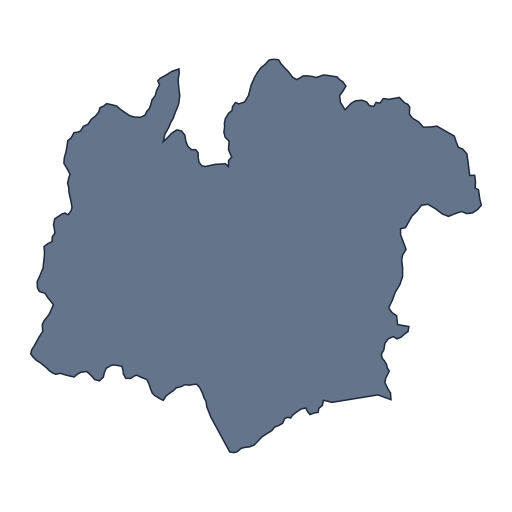 the district of Anicuns, Goiás, Brazil
{"feature_id": "56859067B81756227980733", "entity_name": "Anicuns", "entity_type": "district", "adm_level": 2, "iso_a3": "BRA", "parent_name": "Brazil", "parent_adm1": "Goiás", "projection": "natural_earth1", "projection_center": [-49.983, -16.403], "detail": "fine", "context": "isolated", "style": "filled", "palette": "slate", "viewbox_px": 512, "rotation_deg": 0, "n_neighbors": 0, "source": "geoboundaries", "source_scale": "gbopen_adm2", "svg_char_len": 3944}
<svg xmlns="http://www.w3.org/2000/svg" viewBox="0 0 512 512"><path d="M36.5,341.7L34.1,346.1L31.7,349.8L30.7,353.9L32.9,356.9L36.5,360.4L40.5,362.9L44.1,365.8L46.8,368.1L49.6,371.0L52.9,373.1L55.9,374.3L60.2,373.3L65.3,374.9L70.1,376.1L74.2,377.0L76.7,374.7L81.0,372.2L86.9,371.6L90.9,375.3L94.7,379.6L99.4,380.9L103.3,377.2L104.4,372.5L106.4,368.1L111.4,365.3L114.9,365.0L118.2,365.6L121.8,366.3L123.0,370.3L123.3,373.9L125.8,378.4L130.8,378.4L133.5,376.4L136.4,375.1L141.0,377.2L146.7,379.5L148.9,383.8L150.6,389.0L152.2,393.0L154.7,395.5L158.9,398.1L163.2,400.4L166.1,395.9L170.2,392.8L173.7,390.4L176.2,387.9L180.8,386.7L185.1,384.7L189.6,385.2L193.5,384.4L196.6,384.2L199.6,387.4L202.4,393.0L204.1,398.0L206.0,401.3L206.8,406.9L210.9,417.2L229.7,451.9L234.1,452.6L237.1,451.8L241.3,448.3L245.8,447.2L249.2,447.0L254.0,445.1L258.3,440.8L261.7,437.1L266.9,433.6L271.7,430.7L274.5,427.2L278.7,425.5L282.6,423.3L284.7,418.6L287.7,417.3L290.7,418.0L292.6,415.1L296.1,412.4L300.9,409.1L305.7,408.0L307.7,411.8L310.0,414.6L313.8,413.1L318.1,412.4L318.9,408.3L322.4,405.5L323.4,400.3L327.5,401.2L331.7,402.4L377.9,394.9L391.0,399.7L390.5,392.8L388.5,390.0L386.8,386.5L384.9,382.8L385.7,378.2L389.3,371.0L387.4,368.1L386.4,364.2L384.5,361.0L382.2,358.2L381.4,354.1L383.8,350.0L385.0,343.2L388.3,338.8L393.2,336.6L397.0,338.9L401.1,337.2L404.4,334.1L408.0,331.6L408.9,326.5L397.6,324.6L396.6,315.7L392.0,312.6L388.7,307.9L392.5,299.9L395.2,292.3L399.8,284.8L402.6,276.6L402.6,267.8L401.7,259.9L402.7,254.7L406.1,249.4L400.6,234.8L400.5,228.8L405.5,227.6L412.0,216.0L416.6,211.5L421.4,205.3L428.0,204.3L436.1,209.2L442.4,214.0L448.5,216.4L454.5,213.9L461.4,211.5L466.9,213.6L472.5,212.9L477.6,209.6L481.3,205.2L479.8,198.9L478.5,189.8L475.2,188.0L475.5,181.9L474.7,175.3L469.7,175.4L468.7,167.0L466.9,153.8L462.6,149.0L458.4,147.4L456.1,141.6L454.3,136.1L436.9,126.1L430.6,127.0L423.3,127.2L418.8,122.0L412.3,118.1L409.4,114.0L409.7,107.2L407.8,104.3L404.7,102.9L399.3,97.4L389.0,99.3L383.3,98.6L380.0,103.1L376.1,102.4L373.8,106.4L369.4,105.6L366.7,102.0L362.0,100.2L355.5,100.8L351.4,103.1L345.0,109.7L340.5,102.5L339.6,95.7L342.5,91.8L345.9,86.2L342.8,81.7L339.8,79.8L336.9,76.8L331.8,76.1L326.9,75.3L323.6,75.0L319.7,76.3L315.9,77.5L312.5,76.5L307.9,75.9L303.1,75.9L300.3,77.7L296.7,79.6L292.5,77.1L288.2,71.4L284.9,68.1L280.8,63.5L278.6,59.8L275.5,59.4L272.1,59.4L269.0,60.1L264.7,64.8L260.9,67.7L257.5,72.4L254.5,77.5L251.2,84.9L248.5,95.5L244.6,102.0L238.9,103.9L235.5,102.5L232.5,106.7L232.0,110.5L228.6,113.2L225.3,118.8L224.4,123.1L224.6,126.8L223.9,132.2L225.2,137.3L229.1,141.3L228.5,149.4L229.9,153.2L231.7,156.9L228.6,160.6L228.4,166.4L225.4,163.8L219.6,164.1L215.6,164.3L210.5,165.4L205.3,166.5L201.8,165.8L199.1,162.5L198.2,157.7L198.1,152.6L195.7,149.7L191.5,149.7L187.9,146.4L185.9,141.3L184.8,135.1L181.4,130.9L176.7,129.9L171.7,133.2L167.2,138.0L163.3,141.6L164.9,134.2L168.6,127.7L170.7,122.7L173.2,118.3L175.0,113.2L177.6,106.8L178.8,103.3L179.8,95.5L179.0,89.7L178.3,82.5L178.3,78.4L179.2,73.7L179.0,68.9L171.8,71.4L166.2,75.0L160.3,78.2L157.8,80.8L159.5,84.8L156.6,90.5L155.2,95.7L152.0,99.9L150.8,104.5L149.4,108.5L146.8,111.3L144.9,115.3L140.2,117.4L134.4,117.0L129.8,115.7L125.4,112.8L120.4,109.3L116.6,106.0L112.5,104.9L106.6,103.6L103.2,106.4L100.0,107.6L98.6,112.2L95.3,116.3L91.4,119.2L88.0,124.2L83.3,126.4L80.6,130.9L77.7,132.2L74.0,132.6L71.2,137.9L67.8,140.7L66.9,146.8L65.8,152.8L64.3,157.7L63.9,163.3L67.8,170.0L70.0,174.3L68.7,178.1L67.6,183.3L68.7,187.4L68.9,191.5L69.6,195.5L70.9,201.0L72.0,207.1L71.2,210.7L68.0,214.8L64.8,213.0L61.6,214.2L54.7,218.9L53.5,224.7L54.4,229.2L54.9,233.2L52.3,236.7L51.9,241.6L47.6,243.8L44.0,246.6L44.5,252.5L44.3,256.2L43.8,261.0L43.0,268.2L39.5,276.6L37.2,281.5L37.4,287.8L39.3,291.4L44.9,293.3L47.8,297.6L49.9,300.3L53.4,304.6L51.2,309.9L49.4,313.9L47.1,317.0L44.0,320.8L42.3,324.6L42.7,331.4L38.7,337.6L36.5,341.7Z" fill="#64748b" stroke="#1e293b" stroke-width="1.5"/></svg>